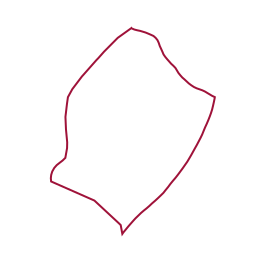 the district of Ataq, Shabwah, Yemen, rotated 215°
{"feature_id": "15242507B5283160302008", "entity_name": "Ataq", "entity_type": "district", "adm_level": 2, "iso_a3": "YEM", "parent_name": "Yemen", "parent_adm1": "Shabwah", "projection": "equal_earth", "projection_center": [46.809, 14.569], "detail": "fine", "context": "isolated", "style": "outline", "palette": "rose", "viewbox_px": 256, "rotation_deg": 215, "n_neighbors": 0, "source": "geoboundaries", "source_scale": "gbopen_adm2", "svg_char_len": 1431}
<svg xmlns="http://www.w3.org/2000/svg" viewBox="0 0 256 256"><g transform="rotate(215 128 128)"><path d="M182.6,211.6L188.1,196.0L191.4,176.8L192.4,168.1L192.8,165.7L195.1,145.4L195.3,143.9L195.9,127.9L194.9,118.8L191.8,112.7L185.6,101.2L178.1,91.4L169.6,81.4L166.4,76.6L162.2,67.6L162.9,63.9L164.0,60.4L165.1,56.7L165.5,53.0L165.1,48.9L164.0,45.5L162.4,42.6L160.3,40.1L113.9,49.3L80.7,44.7L78.3,44.3L71.9,38.0L71.9,39.9L71.6,43.5L71.3,47.5L70.9,51.2L70.5,54.8L70.1,58.0L70.0,58.6L69.3,62.2L68.6,65.9L67.7,69.4L66.7,72.8L65.8,76.4L65.1,79.9L64.1,83.8L63.3,87.4L62.6,90.9L61.8,95.1L61.6,98.7L61.3,102.6L61.2,106.5L60.9,110.5L60.5,114.6L60.3,118.4L60.2,122.2L60.1,126.3L60.1,130.3L60.1,134.4L60.4,138.4L60.7,142.1L61.1,145.8L61.5,149.6L61.9,153.7L62.4,157.6L62.9,161.5L63.5,165.2L64.4,169.1L65.2,172.7L65.9,176.6L66.7,180.4L67.6,184.2L68.6,187.9L69.7,191.4L71.1,195.0L72.5,198.4L74.0,201.9L74.6,203.1L77.5,202.6L80.3,202.4L83.0,202.2L86.0,202.0L88.8,201.5L91.7,200.7L94.5,199.9L97.5,199.4L100.7,199.3L103.8,199.4L106.7,199.8L109.6,200.2L112.5,200.5L115.4,201.2L118.2,202.0L120.9,203.2L123.6,204.4L126.6,205.0L129.6,205.4L132.4,206.1L135.3,206.8L138.2,207.6L141.0,208.6L143.7,210.3L146.4,211.9L149.0,213.4L151.7,215.4L154.3,216.9L157.1,217.7L159.9,218.0L162.7,217.5L165.6,216.9L168.3,216.3L171.1,215.4L173.8,214.5L176.6,213.3L179.3,212.3L182.1,211.7L182.5,211.5L182.6,211.6Z" fill="none" stroke="#9f1239" stroke-width="2"/></g></svg>